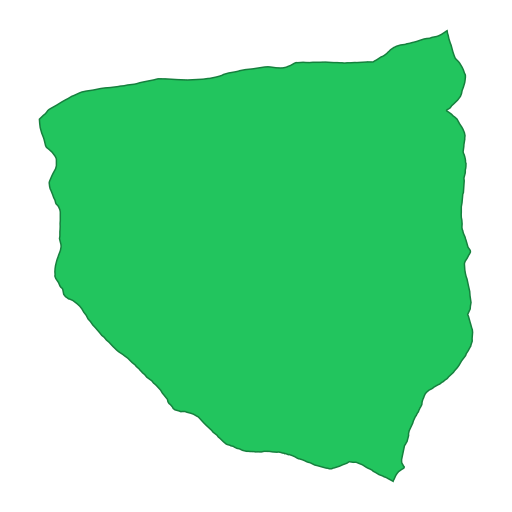 Haykota, Gash Barka, Eritrea
{"feature_id": "51966322B40149499398016", "entity_name": "Haykota", "entity_type": "district", "adm_level": 2, "iso_a3": "ERI", "parent_name": "Eritrea", "parent_adm1": "Gash Barka", "projection": "orthographic", "projection_center": [37.006, 15.215], "detail": "fine", "context": "isolated", "style": "filled", "palette": "green", "viewbox_px": 512, "rotation_deg": 0, "n_neighbors": 0, "source": "geoboundaries", "source_scale": "gbopen_adm2", "svg_char_len": 5880}
<svg xmlns="http://www.w3.org/2000/svg" viewBox="0 0 512 512"><path d="M39.4,119.2L39.7,123.4L40.2,127.4L40.5,128.7L41.7,133.0L43.5,137.6L44.1,139.5L45.6,145.7L46.5,147.4L48.8,149.2L52.2,152.3L54.9,155.9L55.7,157.3L56.3,158.7L56.4,160.1L56.4,165.8L55.6,168.7L55.2,169.5L53.1,173.3L51.8,176.0L49.5,181.4L49.2,182.8L49.6,186.4L50.2,188.9L50.7,189.8L52.6,194.5L53.7,197.6L55.0,200.2L55.7,203.0L56.4,204.3L57.7,205.4L58.8,207.2L59.9,209.8L60.3,211.9L60.3,220.6L60.1,223.5L60.2,226.4L60.1,229.2L59.9,231.7L59.9,236.1L59.5,238.6L61.0,244.7L61.1,246.8L60.5,250.1L60.0,251.6L58.6,255.2L58.1,256.8L57.2,259.2L56.6,261.2L55.5,265.7L55.1,268.6L54.9,271.7L55.1,274.6L54.9,276.0L55.0,276.4L55.7,278.3L56.5,279.6L58.6,282.7L60.0,286.1L60.3,286.3L60.7,287.1L62.3,288.5L62.6,289.1L62.8,289.6L63.7,294.3L64.8,295.8L65.6,296.7L66.4,297.3L67.1,297.7L68.6,298.9L69.6,299.0L69.9,299.2L70.9,299.6L72.9,300.5L77.3,303.9L79.8,306.2L81.9,308.9L83.8,312.2L86.2,315.3L88.1,319.0L90.4,321.5L92.9,325.1L95.3,327.6L99.5,332.5L101.8,335.4L104.2,337.3L106.4,340.0L108.9,342.1L112.9,346.4L116.7,350.1L118.6,351.7L122.9,354.5L124.5,355.8L127.7,358.1L132.2,362.6L135.3,365.1L136.2,366.4L139.2,369.0L140.0,370.1L141.6,371.7L142.4,372.7L144.7,374.6L146.8,377.2L151.8,380.8L153.6,383.1L154.3,383.6L156.2,385.3L160.6,390.1L162.3,393.0L167.4,399.3L167.9,401.5L168.3,402.4L169.1,403.6L170.3,404.5L172.3,406.8L173.2,408.5L174.9,409.8L179.2,411.0L180.9,411.7L182.1,411.5L185.0,411.5L186.8,412.2L190.7,413.2L193.5,414.2L197.1,416.3L198.0,416.7L198.7,417.3L203.7,422.8L206.2,425.3L211.7,430.4L213.0,432.1L217.0,435.2L218.3,437.0L219.8,438.2L223.4,441.7L226.1,444.0L227.2,444.5L230.1,445.3L230.8,445.8L233.2,446.3L234.4,447.1L237.1,448.4L239.4,448.8L242.4,450.3L246.5,451.3L248.3,451.3L250.0,451.5L253.9,451.6L255.6,451.9L258.2,451.8L259.6,451.9L261.6,451.9L264.1,451.3L269.4,451.4L272.6,451.9L276.9,452.2L278.5,452.0L279.2,452.1L281.0,452.5L282.3,453.0L284.0,453.2L284.3,453.3L284.7,453.7L285.8,453.6L288.1,454.6L288.7,454.7L289.1,454.5L292.3,455.6L295.0,456.8L297.3,458.2L298.7,458.8L299.6,458.9L302.5,459.8L304.9,460.8L306.6,461.7L308.3,462.3L310.1,462.7L314.7,465.0L317.6,465.7L321.1,466.7L326.2,468.1L327.6,468.2L329.4,468.8L331.4,468.8L332.3,468.5L333.0,468.1L334.2,467.9L339.5,466.2L342.8,464.7L346.9,463.2L348.7,462.0L349.4,461.7L353.2,462.3L355.7,462.2L356.6,462.4L358.4,463.2L361.8,464.5L363.1,465.2L366.3,467.3L368.2,468.3L369.9,469.0L372.3,470.3L373.1,471.2L375.6,472.5L379.0,474.6L382.5,475.9L384.3,476.9L385.5,477.2L393.1,481.3L393.2,480.7L394.0,479.4L395.7,475.6L397.1,473.4L398.6,471.6L400.3,470.4L401.7,469.4L402.8,468.8L404.0,467.9L404.2,467.1L404.1,466.6L403.4,465.9L402.9,464.8L401.8,463.0L401.6,461.5L401.6,459.5L404.5,445.6L405.4,444.4L406.3,442.6L407.0,441.6L408.6,435.5L408.5,433.7L409.2,430.7L412.7,423.2L413.4,420.8L415.4,416.5L416.2,415.6L416.6,414.6L417.5,412.9L418.4,411.8L418.8,410.4L419.2,409.7L419.6,408.8L420.1,407.7L420.6,407.0L421.8,404.6L422.1,401.9L422.8,399.5L423.7,397.6L424.0,396.5L425.0,394.3L425.4,393.6L426.7,392.1L429.2,390.0L431.5,388.9L432.8,388.1L433.8,387.2L437.8,384.9L439.8,384.0L441.9,382.3L443.1,381.7L445.4,379.7L446.9,378.8L447.5,378.2L448.6,376.8L453.4,372.4L454.5,370.8L457.2,367.8L459.0,365.3L461.6,360.8L465.5,355.7L466.0,354.6L466.1,353.9L468.2,350.7L470.0,347.3L470.8,346.0L470.9,345.1L472.1,341.5L472.2,340.9L472.1,338.5L472.6,332.4L472.3,329.5L471.8,328.3L470.6,323.9L470.1,322.3L468.4,316.1L467.7,314.8L467.7,314.4L470.2,308.9L470.4,306.2L471.0,302.5L470.0,295.6L469.7,291.4L468.4,285.6L467.0,279.0L466.1,276.5L465.4,273.5L464.8,269.9L464.4,263.8L464.6,262.8L465.2,261.2L467.1,258.3L468.8,255.0L469.6,253.8L470.4,252.1L470.4,251.1L470.1,250.2L468.0,247.2L466.0,240.2L465.4,238.6L465.1,237.2L463.6,233.8L463.1,232.3L462.8,230.8L462.2,229.3L461.9,227.3L462.1,223.9L461.8,219.9L461.3,217.4L461.2,214.2L461.3,212.4L461.3,206.7L462.0,202.8L462.8,194.0L463.4,192.6L464.2,180.8L463.9,178.1L465.2,173.0L465.3,172.0L465.3,169.9L465.7,168.3L465.9,166.6L466.0,163.4L465.5,162.2L465.5,160.6L465.3,159.2L464.7,156.5L464.1,154.6L463.5,153.4L463.1,151.8L463.8,146.6L463.9,144.6L464.8,139.0L464.7,138.2L465.0,135.7L464.4,132.7L462.9,129.1L461.8,127.1L459.7,124.0L457.0,119.1L454.8,117.1L453.2,116.0L451.5,114.2L448.3,111.9L446.9,111.1L446.6,110.7L446.6,110.2L447.1,109.7L448.9,108.7L450.2,107.8L451.7,105.7L453.8,103.8L457.6,100.1L460.4,96.4L461.5,93.6L462.1,90.5L463.4,87.1L464.7,82.7L465.0,80.8L465.4,77.3L465.4,75.5L465.2,74.6L464.4,73.0L463.7,70.9L463.4,70.0L462.2,67.4L459.7,63.2L458.7,61.9L457.3,60.4L456.7,59.9L455.2,58.2L454.1,55.5L452.9,51.9L451.1,45.2L450.2,42.9L448.9,38.8L448.2,35.4L447.5,33.3L447.1,30.7L446.4,31.1L444.1,32.7L441.3,34.5L438.4,35.9L436.6,36.5L431.9,37.4L429.6,38.3L426.7,38.5L424.0,39.0L420.0,40.3L416.8,41.4L413.5,42.3L412.4,42.5L409.7,43.3L406.8,43.8L405.2,44.4L400.5,45.0L396.3,46.3L395.1,47.0L394.0,47.4L390.5,49.8L389.2,51.2L388.1,52.1L386.8,53.5L384.0,55.6L382.4,56.5L381.3,56.8L376.3,60.1L375.0,60.7L373.5,61.7L372.8,62.0L367.3,61.9L366.7,62.0L356.6,62.6L355.0,62.5L350.4,62.8L347.2,62.8L344.6,63.1L342.0,62.8L339.8,62.8L337.2,62.6L333.6,62.6L325.3,62.1L321.5,62.2L320.0,62.3L312.7,62.3L309.5,62.6L305.7,62.5L303.2,62.3L297.6,62.7L296.4,62.6L295.8,62.7L294.3,63.3L290.5,65.5L287.8,66.5L286.3,67.2L282.9,67.9L280.7,68.0L276.2,67.8L270.4,67.0L268.0,66.8L264.7,67.0L252.5,68.9L245.5,69.6L239.7,70.7L238.3,71.2L235.0,71.9L228.6,73.0L223.4,74.5L222.1,75.3L219.7,76.1L216.4,77.0L209.8,78.4L207.9,78.5L203.1,79.2L187.8,80.0L184.3,79.9L177.1,79.6L165.6,78.9L158.2,78.8L156.0,79.3L153.8,79.9L144.6,81.7L139.9,82.7L136.7,83.7L134.5,84.2L127.6,85.0L123.9,85.8L120.3,86.1L117.9,86.6L109.8,87.6L105.3,87.9L100.8,88.5L93.0,90.1L86.1,91.1L81.9,92.0L79.6,92.9L73.7,95.6L71.8,96.3L68.0,98.6L65.6,99.8L61.9,101.9L56.4,105.3L50.3,108.7L48.9,109.6L47.7,110.7L46.5,112.4L45.1,114.0L43.4,115.3L39.4,119.2Z" fill="#22c55e" stroke="#15803d" stroke-width="1.5"/></svg>